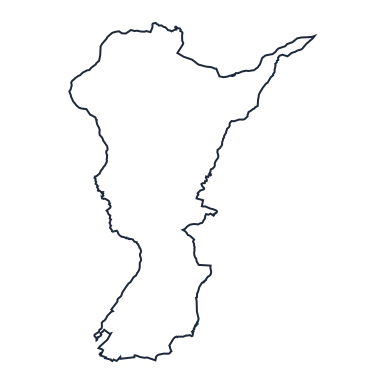 the district of Bumbesti-Jiu, Gorj, Romania
{"feature_id": "2599482B75025321054435", "entity_name": "Bumbesti-Jiu", "entity_type": "district", "adm_level": 2, "iso_a3": "ROU", "parent_name": "Romania", "parent_adm1": "Gorj", "projection": "robinson", "projection_center": [23.397, 45.21], "detail": "fine", "context": "isolated", "style": "outline", "palette": "slate", "viewbox_px": 384, "rotation_deg": 0, "n_neighbors": 0, "source": "geoboundaries", "source_scale": "gbopen_adm2", "svg_char_len": 5924}
<svg xmlns="http://www.w3.org/2000/svg" viewBox="0 0 384 384"><path d="M155.4,360.3L156.2,356.5L158.2,354.8L163.9,353.6L168.7,353.7L169.6,353.2L170.5,352.0L171.4,351.4L170.0,347.8L169.9,346.6L169.3,345.6L173.3,339.0L174.8,337.4L176.4,336.6L177.2,337.2L178.3,336.6L183.1,336.7L186.3,335.5L187.6,335.6L189.6,335.1L191.7,336.2L192.5,335.8L193.0,333.4L192.5,332.9L193.0,332.4L192.3,331.7L193.4,331.3L193.0,330.6L194.3,329.1L193.9,328.4L194.5,327.9L194.8,326.1L195.0,325.9L195.4,326.3L195.9,325.8L195.4,325.7L195.6,324.8L196.6,323.7L197.2,323.8L197.0,323.0L197.6,322.9L197.3,321.8L198.1,320.9L198.6,318.7L196.9,311.5L196.6,300.7L196.0,297.8L197.0,297.2L197.1,293.4L197.8,292.5L199.4,286.9L201.6,283.3L202.2,282.7L203.7,282.4L203.6,281.8L204.0,281.8L204.9,280.9L204.8,280.6L206.2,279.8L206.2,279.0L207.5,277.1L209.5,275.8L210.6,274.6L211.2,271.9L210.4,268.0L210.6,265.6L198.7,264.9L196.7,261.4L196.0,258.4L194.9,256.9L194.3,254.8L194.1,252.4L194.6,250.1L194.3,248.3L194.7,247.3L194.0,245.3L194.1,244.0L193.0,241.5L194.1,239.5L189.9,235.7L187.8,235.0L186.6,232.8L185.2,231.3L182.8,229.9L184.8,229.0L187.7,226.1L190.1,224.6L193.9,224.0L198.2,224.4L199.6,223.6L202.4,222.7L203.9,219.9L204.9,218.6L205.2,216.1L206.1,214.1L208.4,214.7L210.5,213.7L213.5,215.7L214.0,215.3L213.7,214.2L215.4,213.6L215.4,213.1L216.6,212.6L217.0,211.8L216.6,210.7L212.8,209.1L210.4,208.6L205.2,206.4L202.9,206.5L201.8,206.2L203.1,200.2L196.5,198.4L197.2,196.2L198.4,194.5L197.6,193.3L200.3,190.5L203.9,189.3L204.1,188.2L202.2,186.1L201.4,184.1L202.8,183.1L204.8,183.1L205.0,181.2L206.6,181.1L206.9,179.9L205.9,177.5L206.1,176.5L208.2,177.0L208.6,175.2L210.5,175.5L211.0,175.0L210.5,173.7L209.5,173.3L210.5,171.3L210.8,169.4L212.5,168.7L214.3,166.9L214.9,165.3L214.6,163.9L215.5,161.4L218.0,157.9L218.4,156.0L217.3,151.9L217.6,151.2L217.5,149.9L219.8,148.2L221.7,145.5L222.1,144.4L222.2,142.0L223.1,139.6L223.0,138.8L224.1,137.4L224.0,136.2L226.1,132.6L226.1,131.5L226.7,130.6L226.9,129.0L229.0,127.1L229.7,125.5L229.5,124.3L230.1,122.6L231.7,121.0L233.9,121.3L239.3,119.5L243.3,119.6L244.6,119.1L247.6,116.4L247.5,115.3L248.6,112.0L250.5,111.0L253.0,109.0L254.3,108.6L255.1,107.3L257.7,106.0L258.1,99.2L258.6,97.4L258.8,94.9L259.9,92.6L262.9,87.6L266.1,83.5L267.6,82.7L270.8,77.2L273.2,75.2L273.1,74.1L274.6,72.1L274.6,69.4L275.2,67.6L275.3,66.0L275.6,65.5L275.2,63.8L276.7,62.5L276.9,60.9L278.3,59.9L278.0,57.9L279.5,55.8L282.5,54.7L287.5,56.3L291.5,53.0L295.1,51.8L297.3,50.6L301.3,49.4L302.2,48.8L306.2,44.0L312.6,38.5L314.6,36.0L311.7,37.0L301.2,37.5L297.1,38.4L292.6,42.1L287.1,44.1L285.2,46.2L278.4,48.5L276.7,50.1L275.5,51.9L272.6,54.1L266.0,55.3L265.0,55.8L262.2,58.0L259.8,64.7L258.8,65.7L258.0,67.2L253.9,70.2L248.4,71.0L246.0,70.7L242.2,71.5L238.3,73.1L235.8,73.1L234.6,74.3L233.6,74.6L234.7,75.0L234.5,75.3L232.8,76.0L229.5,75.7L227.6,76.6L223.5,77.2L219.4,76.3L216.3,68.7L215.0,68.7L211.5,67.2L205.9,66.6L198.3,64.5L192.2,59.7L183.8,56.8L177.4,53.0L183.2,43.9L183.2,42.8L182.2,40.8L182.1,35.1L182.5,32.9L181.7,31.6L180.3,31.0L180.7,29.7L179.7,28.4L177.3,28.1L176.3,26.8L175.5,26.7L175.2,27.2L176.3,29.5L174.7,29.8L171.5,31.4L170.7,30.7L168.0,30.1L165.5,27.3L163.6,26.9L161.5,25.4L158.9,25.6L158.2,24.6L156.8,24.1L155.8,23.0L153.2,23.4L152.4,24.2L152.5,27.1L150.5,32.1L146.3,31.1L144.4,31.7L140.7,31.5L137.0,30.7L134.4,31.0L131.0,30.0L125.8,33.5L121.8,33.3L119.1,31.3L115.6,31.8L112.1,32.9L107.6,36.8L106.7,38.5L102.1,43.8L100.6,46.6L100.2,55.2L99.1,60.8L96.4,63.1L95.8,64.3L90.9,68.1L89.4,70.0L87.0,70.4L82.7,72.6L80.1,75.2L77.9,76.2L74.7,78.5L74.4,79.1L72.6,80.4L71.5,81.8L71.2,83.3L71.7,84.4L71.6,85.9L70.5,89.8L69.4,91.3L69.4,91.8L70.8,95.1L70.9,96.3L73.2,101.4L76.7,105.7L79.1,107.7L81.0,108.4L86.5,109.2L89.9,114.4L95.4,117.4L95.7,118.8L96.8,120.0L96.3,120.7L97.4,124.9L99.0,127.7L99.7,129.9L99.4,132.5L99.7,135.0L101.9,137.4L102.9,139.3L103.1,140.4L107.2,146.3L107.6,149.2L107.4,150.0L106.3,151.2L106.2,152.1L106.5,153.9L107.2,155.2L106.9,156.1L107.1,157.7L106.6,159.2L106.9,160.4L106.6,162.6L106.0,163.1L105.2,165.2L103.2,167.4L102.7,168.6L101.4,169.9L99.9,172.7L99.8,173.4L96.2,176.4L95.0,176.5L94.5,177.9L95.6,178.9L95.4,180.8L96.2,181.8L95.6,183.8L96.8,184.7L97.3,186.0L97.8,186.2L97.0,187.1L98.4,189.1L97.9,190.5L98.3,190.9L99.9,190.9L101.0,192.0L102.9,192.1L102.2,193.3L103.2,193.5L102.8,194.5L103.4,195.6L102.7,196.3L101.6,196.4L102.2,197.6L102.1,198.4L103.6,198.9L104.8,198.6L107.7,200.2L109.1,201.3L109.3,202.6L109.9,203.4L109.0,204.2L110.4,205.8L110.6,206.6L110.2,207.8L106.6,210.6L107.5,211.6L108.6,214.4L110.3,215.5L109.7,218.5L111.0,219.5L110.3,220.4L110.1,222.2L109.5,222.9L110.3,224.3L110.4,225.2L111.0,225.8L110.5,226.2L110.1,227.9L111.7,229.7L112.0,231.2L112.8,231.7L116.7,230.7L117.7,231.8L118.2,233.5L119.4,235.1L121.5,236.7L124.3,237.2L126.0,238.1L126.5,237.8L126.6,238.3L128.3,238.4L128.6,238.9L129.3,238.7L129.8,239.2L130.9,238.9L131.7,239.1L133.1,239.8L134.3,241.6L136.8,242.3L136.8,243.2L138.2,244.3L138.1,244.8L139.3,246.6L139.4,247.8L140.2,248.3L141.0,250.8L141.1,251.8L140.1,253.8L140.0,255.9L141.1,258.9L141.0,260.4L139.8,262.8L139.7,267.5L139.2,269.7L138.2,271.7L137.0,273.3L136.1,275.4L133.6,277.2L130.5,282.1L128.6,283.4L125.6,287.5L122.3,292.6L121.3,295.7L120.7,296.5L117.9,298.8L117.4,300.1L117.4,301.6L111.3,309.5L112.9,311.2L111.5,311.6L107.4,315.7L105.8,318.9L104.3,320.6L102.8,321.5L101.8,322.9L101.9,327.0L101.5,328.4L99.4,329.8L98.9,331.9L95.1,334.3L94.4,335.1L94.6,336.4L96.3,337.8L96.5,340.3L97.1,339.8L97.9,337.1L99.0,336.9L100.9,335.6L101.4,334.4L100.5,333.6L100.7,333.0L102.9,331.5L104.2,329.8L109.6,333.8L110.9,333.4L107.4,339.7L99.8,346.5L98.7,347.8L98.5,348.2L101.7,349.1L103.1,350.2L101.5,353.5L100.6,353.0L99.7,354.0L100.9,354.9L100.5,355.5L105.8,357.3L105.2,358.2L110.9,359.6L111.0,360.3L112.4,361.0L113.6,359.6L116.7,360.9L120.3,357.0L120.5,358.8L134.4,357.2L134.5,355.4L135.8,355.4L140.3,357.1L144.6,357.8L147.3,357.5L155.4,360.3Z" fill="none" stroke="#1e293b" stroke-width="2"/></svg>